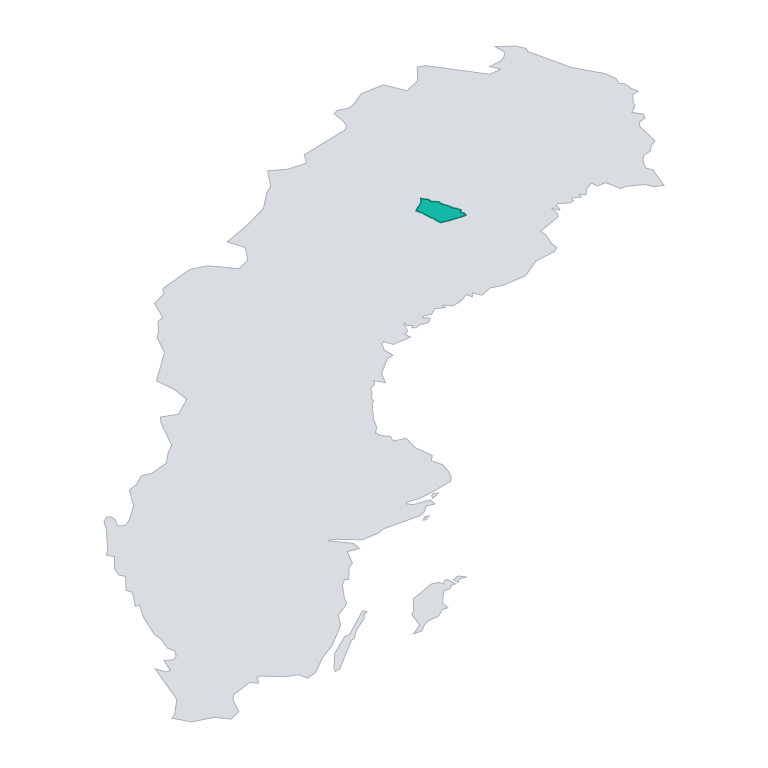 Malå, Västerbotten, Sweden (highlighted)
{"feature_id": "70781695B10174824853138", "entity_name": "Malå", "entity_type": "district", "adm_level": 2, "iso_a3": "SWE", "parent_name": "Sweden", "parent_adm1": "Västerbotten", "projection": "equal_earth", "projection_center": [18.759, 65.261], "detail": "fine", "context": "in_parent", "style": "filled", "palette": "teal", "viewbox_px": 768, "rotation_deg": 0, "n_neighbors": 0, "source": "geoboundaries", "source_scale": "gbopen_adm2", "svg_char_len": 4494}
<svg xmlns="http://www.w3.org/2000/svg" viewBox="0 0 768 768"><path d="M114.8,519.4L118.0,526.2L125.7,525.3L129.1,520.4L133.7,506.0L129.4,490.1L136.5,484.6L141.3,475.9L151.9,473.3L166.3,463.2L168.1,452.9L171.7,445.4L161.0,422.8L160.4,417.1L178.5,414.2L186.8,399.4L175.0,389.8L156.5,380.8L164.5,352.6L157.3,337.5L158.7,331.1L158.0,321.4L162.9,317.5L154.4,303.4L164.0,293.7L162.8,288.7L189.9,269.4L207.4,265.8L239.1,268.7L247.1,261.1L247.5,257.0L245.0,247.4L227.3,241.9L247.5,224.9L263.4,208.5L266.9,192.8L270.7,186.1L267.6,170.9L288.1,169.2L306.6,163.0L304.3,154.8L345.1,129.9L346.5,125.6L343.6,121.4L334.3,113.8L337.1,110.4L347.8,108.4L353.1,105.1L361.3,93.7L383.3,84.9L407.1,90.8L417.7,80.8L417.2,67.1L425.9,65.7L489.8,74.3L500.6,69.2L489.7,66.5L500.5,61.1L503.6,57.7L504.7,53.8L504.2,51.7L495.3,46.7L515.5,46.1L526.4,48.4L527.5,51.4L571.1,67.4L605.8,73.8L615.8,78.4L619.4,83.5L624.9,83.8L631.4,88.5L638.2,91.2L632.8,94.6L633.1,102.2L634.9,105.7L631.7,112.4L643.1,114.0L645.0,118.0L639.2,122.2L640.0,126.7L654.9,140.7L651.3,145.2L650.4,151.0L643.8,155.2L642.9,159.7L644.3,165.4L646.5,168.2L653.0,170.1L664.1,185.5L653.2,186.6L644.8,184.5L625.5,186.4L620.7,188.7L605.8,182.6L597.3,186.0L591.5,183.0L587.0,188.0L585.8,195.0L578.9,194.4L581.5,197.0L572.1,198.0L571.4,199.1L573.4,200.8L570.6,202.9L557.6,203.6L555.9,205.9L559.7,208.6L559.6,210.4L551.2,207.8L557.0,212.9L558.3,216.6L540.5,231.3L546.4,235.2L551.4,243.7L556.8,247.5L554.6,251.4L536.1,260.9L525.6,275.7L502.2,285.5L489.9,288.0L481.9,295.1L472.6,292.9L472.3,296.9L466.3,294.4L461.4,300.7L452.8,306.0L443.6,305.0L442.5,305.9L445.4,307.5L434.7,308.8L431.4,314.4L423.5,316.0L422.2,317.7L430.2,318.1L428.5,322.6L419.4,324.9L416.0,327.8L411.9,327.7L412.8,325.5L406.7,325.6L404.8,323.0L403.7,323.7L407.7,331.2L404.6,334.2L410.3,337.1L393.5,344.4L383.5,341.6L382.1,343.9L384.2,350.2L392.9,355.2L387.5,358.5L381.5,373.5L385.4,382.6L373.8,380.6L374.6,384.0L370.8,388.1L372.2,394.0L371.0,397.9L373.6,401.4L372.1,403.1L373.5,419.7L376.7,426.9L375.5,432.6L380.2,435.6L390.3,436.3L393.2,441.1L406.1,438.3L415.1,447.6L432.3,455.6L431.3,460.8L442.4,464.6L448.8,471.8L451.3,477.8L450.4,481.4L433.2,491.5L419.9,498.2L406.1,502.3L406.7,503.9L413.5,504.6L430.1,499.8L434.9,504.0L425.9,506.0L424.1,511.8L420.2,515.6L383.4,528.9L378.5,533.0L362.0,539.8L332.6,539.3L328.0,540.7L353.5,543.5L359.4,548.4L347.3,551.6L352.4,563.4L349.2,566.3L348.7,579.4L344.4,579.7L342.4,585.1L344.4,598.4L346.5,602.1L345.4,605.9L338.3,615.0L340.5,625.8L332.0,645.6L322.8,657.2L315.5,672.7L307.6,678.1L298.6,674.7L284.9,676.7L260.1,676.0L257.0,677.6L258.7,683.2L249.8,682.4L233.7,694.5L233.0,700.3L238.9,711.7L231.0,719.1L214.2,717.3L191.8,721.9L172.0,718.2L174.7,714.3L176.8,699.2L155.3,668.9L165.9,672.0L170.3,670.4L164.1,660.5L173.3,659.9L176.2,656.3L174.9,650.7L167.5,648.2L161.3,639.3L154.7,634.7L143.4,617.1L139.6,605.0L135.4,606.2L132.5,592.4L126.1,590.3L125.5,576.4L118.7,574.9L114.6,568.6L114.5,556.6L106.4,555.1L107.8,549.3L106.2,528.5L103.9,522.0L106.4,517.2L110.8,516.7L114.8,519.4ZM455.4,583.8L451.7,585.1L449.5,589.0L443.6,590.9L442.6,603.1L447.8,607.7L442.3,609.7L438.5,616.2L428.4,620.6L424.4,624.7L422.2,630.8L413.5,633.9L419.8,625.0L411.7,614.6L413.8,610.9L413.2,599.0L431.2,584.1L439.5,582.3L443.2,584.0L444.8,580.4L447.5,579.5L455.4,583.8ZM339.7,668.9L335.3,671.5L334.0,667.7L334.7,653.4L344.9,636.3L349.3,635.0L361.8,612.1L363.1,610.6L367.2,612.0L364.2,614.1L364.3,618.1L356.4,630.4L354.3,638.3L351.5,640.3L339.7,668.9ZM458.9,579.1L458.1,582.5L453.7,579.8L458.0,576.0L466.7,577.0L458.9,579.1ZM438.5,493.1L432.8,498.2L431.7,496.1L432.9,493.6L438.5,493.1ZM426.0,519.8L423.0,520.2L425.1,516.6L429.0,515.8L426.0,519.8Z" fill="#d9dde1" stroke="#a8b0b8" stroke-width="1"/><path d="M421.0,198.3L420.7,199.6L421.5,201.2L420.6,202.7L419.6,205.3L417.7,207.6L416.2,210.8L418.9,211.8L422.9,213.2L426.3,215.3L431.0,217.7L433.0,218.1L433.7,218.5L434.2,219.2L436.9,220.6L440.5,222.6L444.0,221.7L449.7,220.4L456.9,218.1L464.1,215.9L465.9,215.1L465.5,214.6L465.0,213.9L463.7,213.0L462.5,212.8L461.1,212.3L460.3,211.8L460.5,211.1L461.0,210.7L461.2,210.2L460.1,209.6L458.7,209.3L457.5,209.0L456.7,208.5L455.8,208.3L454.3,208.2L452.6,207.8L451.1,207.1L449.8,206.4L448.6,206.1L447.1,205.5L445.5,205.1L443.6,204.6L442.5,204.1L441.5,203.8L440.1,203.1L439.5,202.1L437.5,201.7L435.3,201.6L431.9,201.5L430.8,201.3L430.3,200.7L429.5,200.1L428.3,199.5L427.6,199.3L425.8,199.3L424.5,199.3L423.4,199.0L421.4,198.5L421.0,198.3Z" fill="#14b8a6" stroke="#0f766e" stroke-width="1.5"/></svg>